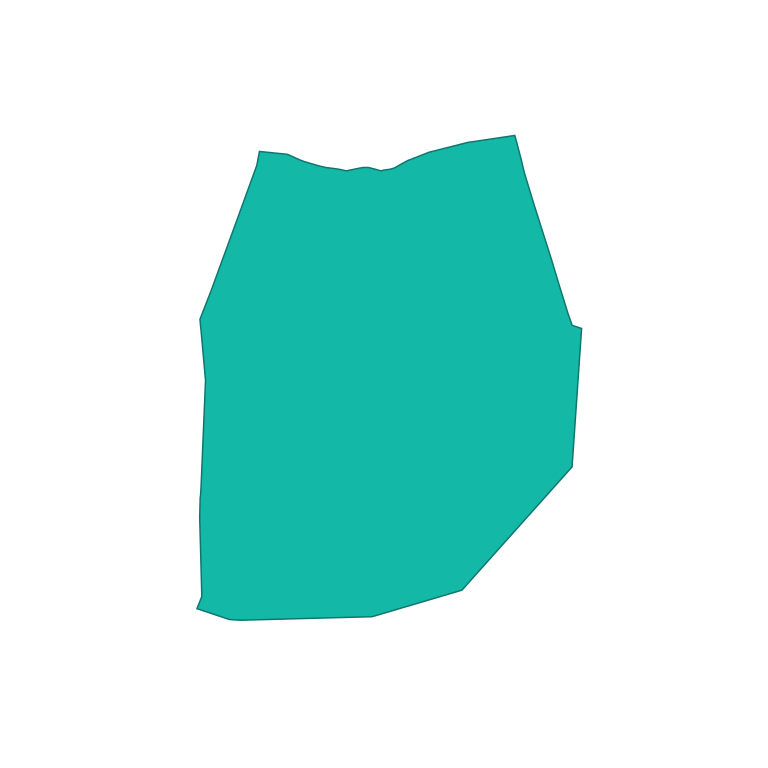 outline of San Pedro Tidaá, Oaxaca, Mexico, rotated 293°
{"feature_id": "50627088B21905525899656", "entity_name": "San Pedro Tidaá", "entity_type": "district", "adm_level": 2, "iso_a3": "MEX", "parent_name": "Mexico", "parent_adm1": "Oaxaca", "projection": "equal_earth", "projection_center": [-97.375, 17.337], "detail": "fine", "context": "isolated", "style": "filled", "palette": "teal", "viewbox_px": 768, "rotation_deg": 293, "n_neighbors": 0, "source": "geoboundaries", "source_scale": "gbopen_adm2", "svg_char_len": 795}
<svg xmlns="http://www.w3.org/2000/svg" viewBox="0 0 768 768"><g transform="rotate(293 384 384)"><path d="M381.2,589.5L512.3,544.2L511.5,534.3L520.8,525.8L544.1,506.1L563.7,489.8L607.8,452.0L624.5,438.0L633.9,430.2L645.7,421.5L663.9,407.3L639.1,366.7L615.1,335.1L598.7,318.3L590.7,312.1L587.0,309.3L584.2,305.9L580.2,299.2L579.3,298.7L578.7,295.8L578.3,292.1L577.2,285.0L575.1,280.1L572.2,275.7L565.5,266.1L564.2,259.1L562.7,253.4L560.6,246.0L559.3,238.5L557.6,223.7L557.4,218.9L557.7,205.4L549.4,178.5L537.0,181.2L535.1,181.5L478.5,184.5L402.3,188.4L371.8,189.3L367.7,191.4L363.4,193.8L317.6,218.3L217.8,255.8L210.2,258.5L207.3,259.3L189.1,266.5L117.3,299.3L104.1,299.6L106.8,333.7L110.3,343.8L165.1,463.9L224.7,536.3L381.2,589.5Z" fill="#14b8a6" stroke="#0f766e" stroke-width="1.5"/></g></svg>